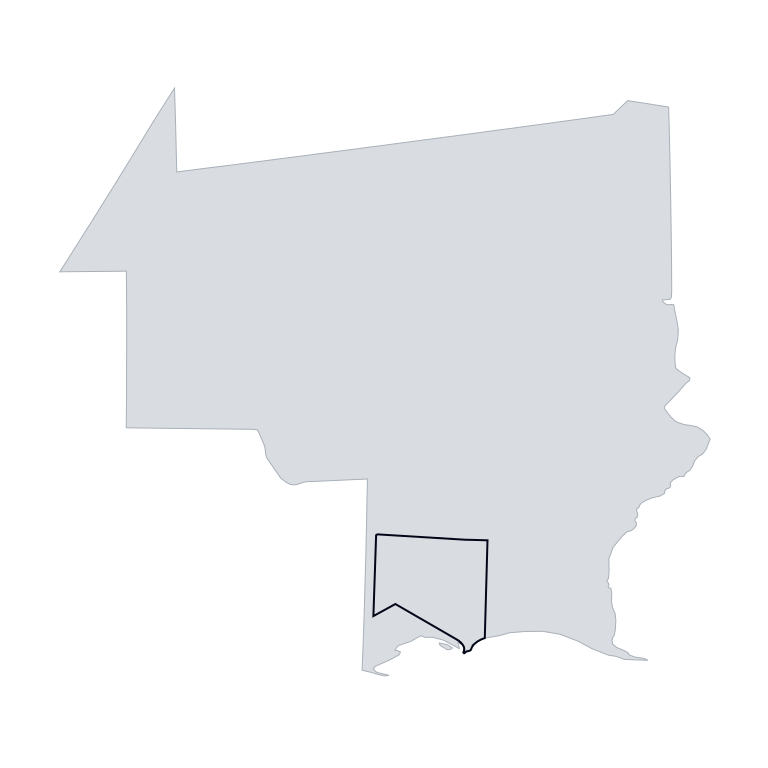 location of Inchiri within Mauritania, rotated 272°
{"feature_id": "MRT-2786", "entity_name": "Inchiri", "entity_type": "Region", "adm_level": 1, "iso_a3": "MRT", "parent_name": "Mauritania", "parent_adm1": "", "projection": "albers", "projection_center": [-15.985, 20.073], "detail": "fine", "context": "in_parent", "style": "outline", "palette": "ink", "viewbox_px": 768, "rotation_deg": 272, "n_neighbors": 0, "source": "natural_earth", "source_scale": "10m", "svg_char_len": 3812}
<svg xmlns="http://www.w3.org/2000/svg" viewBox="0 0 768 768"><g transform="rotate(272 384 384)"><path d="M331.6,708.8L330.5,708.5L325.1,704.8L322.4,700.5L318.1,697.2L312.2,695.1L308.4,692.6L306.5,689.8L304.4,687.9L302.1,687.0L301.8,686.0L302.3,684.5L301.7,681.9L298.2,676.1L295.0,673.5L292.3,674.0L290.7,673.3L289.7,672.0L289.3,670.1L287.4,668.5L284.2,667.9L281.6,663.6L279.5,655.7L276.8,649.5L273.7,645.1L271.4,643.5L269.8,643.2L269.2,642.5L268.7,641.3L266.3,640.8L262.9,642.2L259.8,641.8L258.3,639.7L256.2,639.5L253.6,641.3L250.6,640.8L247.4,638.0L245.6,635.2L245.2,632.4L239.6,626.9L228.8,618.7L217.1,614.8L204.5,615.5L197.4,615.1L195.8,613.8L194.3,613.9L192.7,615.4L191.1,615.8L189.3,615.0L188.2,615.6L187.8,617.8L183.3,618.9L174.9,618.9L168.1,620.3L162.9,622.9L155.5,624.0L146.0,623.7L140.2,622.7L138.3,621.2L135.5,620.8L132.0,621.6L128.8,625.8L126.0,633.2L123.7,637.5L121.9,638.5L119.9,644.1L118.8,653.4L117.1,657.5L117.1,634.3L119.9,625.6L120.8,617.9L126.7,601.1L133.6,587.3L140.0,568.9L142.4,551.2L141.6,533.7L139.8,518.2L136.5,508.0L133.5,493.2L128.9,485.3L120.6,478.5L118.7,474.5L120.7,473.0L125.7,472.0L129.0,466.7L122.1,468.7L130.1,452.4L132.6,441.3L132.2,434.0L133.7,429.5L127.7,419.7L123.0,407.4L120.6,405.5L118.2,404.4L117.9,407.3L116.6,409.9L113.7,408.3L108.5,399.4L101.4,384.8L98.9,383.3L96.8,385.2L95.5,387.1L93.0,399.3L92.3,394.4L93.4,388.8L95.2,381.8L97.2,372.1L103.4,372.1L114.5,372.2L136.8,372.2L147.9,372.2L170.1,372.1L181.2,372.0L203.4,371.9L214.5,371.8L236.7,371.5L247.8,371.4L270.1,371.0L281.2,370.9L288.5,370.7L287.9,363.8L287.5,358.4L286.9,351.0L286.3,343.7L285.7,336.4L285.2,329.5L284.6,322.6L284.1,316.2L283.7,310.4L283.0,307.0L280.5,300.4L280.0,297.1L280.5,293.6L282.0,290.3L286.2,284.2L292.6,279.4L300.0,273.9L305.6,269.7L308.5,268.6L317.4,267.0L324.4,263.8L331.1,260.6L333.9,258.9L334.1,253.2L331.2,127.9L364.5,127.1L373.2,126.8L434.5,124.8L443.2,124.5L487.8,122.6L487.5,116.8L487.1,108.3L486.6,96.7L486.1,85.1L485.2,64.6L484.8,56.1L493.8,61.4L511.9,72.0L520.9,77.2L539.0,87.8L557.2,98.3L575.4,108.8L584.6,114.0L593.7,119.2L602.9,124.4L612.1,129.6L630.4,139.9L638.1,144.2L650.0,151.2L661.1,157.7L672.3,164.3L655.8,165.4L633.7,166.8L618.6,167.7L603.2,168.6L588.7,169.5L590.6,181.2L592.7,194.0L594.8,206.8L596.8,219.6L598.9,232.4L605.2,270.8L607.3,283.6L609.4,296.4L611.6,309.2L613.7,322.1L617.9,347.7L620.1,360.5L622.2,373.4L624.4,386.2L626.5,399.0L628.7,411.8L633.0,437.5L635.1,450.3L637.3,463.1L639.5,476.0L641.7,488.8L643.8,501.6L646.0,514.4L648.2,527.2L652.6,552.8L654.8,565.6L657.0,578.4L659.3,591.2L661.4,603.6L667.7,609.8L675.7,617.6L674.3,629.4L672.6,643.5L670.7,658.8L649.8,660.1L629.4,661.3L578.2,664.1L568.0,664.6L516.8,667.1L506.5,667.5L486.8,668.3L480.9,668.2L478.7,667.1L477.7,659.3L475.9,659.9L474.0,662.3L473.0,664.8L473.5,668.1L473.3,670.8L466.7,672.2L457.9,674.4L448.6,676.2L439.1,676.0L435.9,675.5L432.4,674.5L424.8,673.7L420.7,673.7L416.1,674.1L410.5,674.9L408.8,676.4L404.8,682.4L401.0,689.3L398.3,689.4L395.2,685.7L386.9,678.9L376.8,670.0L372.1,665.5L369.7,665.0L365.1,668.4L361.2,671.7L357.1,676.3L355.3,680.6L353.9,685.7L353.3,691.7L352.0,698.7L348.7,704.4L344.7,708.8L341.7,710.8L340.6,711.9L331.6,708.8ZM125.7,456.6L122.5,461.6L121.1,459.7L120.6,456.4L123.4,451.6L124.7,449.2L127.1,448.3L125.7,456.6Z" fill="#d9dde1" stroke="#a8b0b8" stroke-width="1"/><path d="M133.6,493.6L132.2,490.2L130.1,486.6L127.2,483.2L126.2,482.3L126.0,482.2L125.9,481.8L125.5,481.7L125.0,481.7L124.6,481.4L123.7,480.9L121.8,480.3L121.0,479.8L120.6,479.2L119.8,477.0L119.7,476.1L119.2,475.1L118.2,474.3L117.7,473.5L118.4,472.7L121.2,473.5L123.9,473.1L126.3,471.7L128.1,469.5L128.3,469.8L130.1,467.6L132.8,462.6L164.5,403.0L151.7,381.5L232.6,381.4L233.5,382.7L231.2,470.6L231.3,478.5L231.4,492.9L229.4,492.9L133.6,493.6Z" fill="none" stroke="#020617" stroke-width="2"/></g></svg>